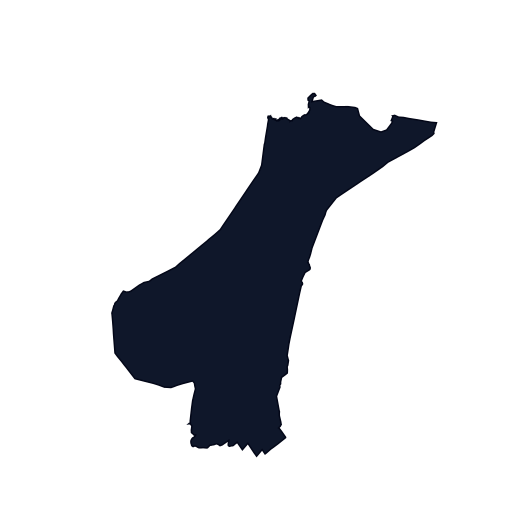 Puzes pag., Ventspils, Latvia (Equal Earth projection), rotated 296°
{"feature_id": "27541924B95248951242088", "entity_name": "Puzes pag.", "entity_type": "district", "adm_level": 2, "iso_a3": "LVA", "parent_name": "Latvia", "parent_adm1": "Ventspils", "projection": "equal_earth", "projection_center": [22.107, 57.369], "detail": "fine", "context": "isolated", "style": "filled", "palette": "ink", "viewbox_px": 512, "rotation_deg": 296, "n_neighbors": 0, "source": "geoboundaries", "source_scale": "gbopen_adm2", "svg_char_len": 5620}
<svg xmlns="http://www.w3.org/2000/svg" viewBox="0 0 512 512"><g transform="rotate(296 256 256)"><path d="M203.9,183.6L203.1,183.0L189.8,172.8L186.4,171.2L183.0,166.9L180.7,165.4L178.8,164.0L169.7,159.0L168.6,158.1L167.7,157.1L166.6,155.0L166.5,153.5L166.3,152.2L162.5,151.5L162.4,151.6L157.7,151.2L156.2,151.2L154.7,151.1L154.2,150.9L153.5,150.4L152.5,150.3L151.8,149.9L151.7,149.9L150.3,150.3L149.2,150.2L148.9,150.1L143.5,151.2L143.2,151.2L141.5,151.5L140.8,152.0L138.5,153.4L133.5,156.4L127.3,160.0L123.7,162.0L107.0,171.8L106.0,173.7L104.9,175.8L102.0,182.2L101.9,182.3L100.4,185.3L99.1,188.1L97.2,191.9L92.7,201.0L94.8,211.1L96.5,219.1L96.7,220.3L97.4,224.9L98.0,231.2L98.1,231.3L100.5,237.2L102.9,239.6L105.1,241.6L109.3,246.1L114.2,251.8L115.9,253.8L115.0,256.1L113.2,257.5L112.8,257.7L110.4,259.6L109.8,259.9L104.0,261.1L100.3,262.0L98.4,262.4L91.2,264.8L78.6,269.3L77.7,270.0L76.6,269.9L76.4,269.4L75.7,269.1L75.9,269.4L76.2,270.6L76.2,270.9L76.1,271.2L75.8,271.5L75.6,272.1L75.5,272.5L74.8,273.0L73.4,273.5L71.2,274.2L70.2,274.8L69.3,275.2L69.0,275.5L68.9,275.7L68.5,277.5L68.2,278.0L68.0,278.6L68.0,278.9L68.1,279.3L68.8,280.1L68.2,280.3L66.9,280.0L65.5,279.5L64.7,278.8L64.0,278.6L62.9,278.5L61.7,278.5L60.8,278.8L60.4,279.0L59.7,279.4L59.0,279.9L58.4,280.6L57.6,281.2L57.2,282.0L57.1,283.0L58.2,283.9L58.7,285.1L58.8,285.9L58.7,286.3L58.6,287.4L58.6,288.6L58.8,289.2L59.5,290.6L60.6,292.5L61.3,294.4L61.6,295.1L61.9,295.9L62.4,296.5L63.4,296.8L64.2,297.1L65.0,297.3L65.5,297.5L66.2,298.3L66.5,298.9L67.1,299.5L67.3,299.9L68.0,300.9L69.1,301.9L69.9,302.8L70.0,303.0L70.0,303.4L70.2,305.6L69.8,306.0L69.7,306.1L69.7,306.3L70.0,307.1L70.2,307.3L70.6,307.6L71.4,308.4L73.6,309.6L74.4,310.1L75.4,310.6L76.5,311.3L77.7,311.9L78.5,312.4L78.2,312.6L77.9,312.7L76.8,312.9L75.1,313.4L73.9,313.9L73.5,314.3L73.4,314.7L73.3,315.5L73.5,315.8L74.2,316.5L74.9,317.5L75.3,318.3L76.3,318.9L77.9,319.5L78.8,320.1L79.5,320.3L80.4,320.7L75.9,328.7L84.1,330.8L78.2,340.8L78.3,340.8L76.3,344.3L84.7,346.4L82.1,350.9L83.5,351.6L89.0,353.9L91.9,355.5L96.6,357.9L105.7,362.2L106.1,362.0L109.6,355.7L111.4,352.1L111.4,351.7L113.6,352.4L115.7,352.5L116.7,351.6L117.3,351.3L117.2,351.1L118.2,350.6L122.6,347.0L124.3,346.1L126.3,345.3L127.6,344.2L138.9,335.9L148.6,335.0L150.3,333.9L151.8,334.2L153.6,333.3L158.1,332.2L162.5,334.5L164.5,335.4L166.2,334.7L167.7,334.0L170.0,332.6L170.4,332.5L171.9,332.4L173.1,332.0L176.3,331.0L176.8,330.5L180.2,327.6L188.0,325.2L190.7,324.3L197.4,322.5L216.5,317.8L218.8,317.2L241.9,311.4L249.3,309.7L249.8,309.9L249.8,309.7L250.0,309.8L250.9,310.1L251.3,310.1L252.4,309.2L253.2,307.6L257.8,307.3L262.7,307.3L267.1,310.1L268.0,310.3L269.1,309.9L269.7,309.5L270.0,309.0L270.1,308.8L270.6,308.5L270.9,308.1L271.6,307.7L271.9,307.1L272.3,306.5L272.9,306.0L272.9,305.7L272.8,305.4L275.4,304.8L278.4,304.6L281.7,304.1L287.8,302.8L317.5,300.1L323.2,300.0L326.3,299.4L328.2,299.3L343.4,302.6L348.0,305.2L368.5,317.1L381.3,324.7L392.1,330.7L398.0,333.3L418.2,347.7L422.9,350.9L429.4,354.5L433.3,356.5L441.4,361.3L444.1,362.2L445.3,361.3L446.6,361.1L454.9,359.8L452.9,354.7L451.2,348.8L449.4,342.4L446.6,333.3L445.7,329.9L445.1,327.7L443.3,323.3L443.2,319.0L441.8,317.3L441.6,317.9L437.0,318.2L437.1,319.6L434.9,319.8L426.5,318.2L422.2,314.0L421.1,305.8L424.4,295.9L427.2,287.6L433.0,282.6L432.9,280.6L432.9,280.3L432.7,279.5L430.5,273.1L428.9,270.0L425.3,262.7L424.7,258.9L424.3,255.0L424.4,254.8L424.1,250.5L424.1,249.4L424.9,246.6L419.2,238.6L424.3,237.8L425.3,238.9L425.6,239.1L426.6,239.5L427.7,237.4L427.5,237.1L427.3,236.9L427.1,236.0L426.2,235.5L424.0,234.6L420.7,233.5L418.9,234.5L418.9,235.4L418.0,236.1L415.3,236.6L412.8,237.9L413.1,238.0L413.1,238.5L413.2,238.9L413.1,239.2L412.6,239.5L412.3,239.8L411.5,240.2L411.0,240.2L410.3,240.5L409.7,240.3L409.1,240.2L408.2,240.6L407.7,240.6L407.4,240.6L406.9,240.3L407.2,240.0L405.5,239.6L404.7,239.1L404.5,238.8L404.3,238.0L403.3,237.2L401.4,236.2L398.9,235.8L398.9,235.6L399.1,234.0L398.5,234.0L398.6,232.2L398.6,231.7L397.0,230.4L394.7,229.1L393.6,229.3L393.6,228.9L392.8,228.3L392.8,228.2L392.4,227.9L392.5,227.9L392.8,224.0L393.5,223.1L392.9,222.1L393.1,221.5L392.5,220.4L391.7,220.3L391.1,220.1L390.9,219.9L390.5,219.6L390.5,219.4L391.7,219.1L391.9,218.5L391.6,218.2L390.9,218.2L390.3,217.9L390.7,217.5L390.4,217.1L389.9,217.1L389.8,217.3L389.7,217.6L389.5,217.8L389.4,217.8L388.9,217.3L388.7,217.4L388.7,217.6L388.3,217.4L388.1,217.6L387.7,217.3L388.2,217.0L388.3,216.9L387.8,216.5L387.9,216.3L388.3,216.2L388.1,216.0L387.6,216.1L387.2,216.3L387.0,216.2L386.9,216.0L386.5,215.6L386.6,215.3L386.7,214.7L387.0,214.7L387.0,214.4L387.2,214.0L386.7,214.0L386.5,213.8L386.6,213.6L386.8,213.6L387.2,213.7L387.8,213.7L387.7,213.4L387.3,213.4L387.3,213.2L386.9,213.1L386.9,212.8L387.0,212.4L386.7,212.1L386.8,211.9L387.2,212.0L387.3,212.0L387.4,211.9L387.2,211.6L386.9,211.3L386.4,210.8L386.5,210.2L386.8,209.8L387.2,209.6L387.2,209.1L387.6,208.9L387.5,208.6L387.1,208.5L387.0,208.3L387.3,208.1L387.6,208.1L388.2,207.7L387.7,207.5L387.4,207.2L387.6,206.7L387.3,206.3L387.2,206.2L386.7,206.3L386.5,206.2L387.0,205.9L387.0,205.7L386.7,205.7L385.9,205.8L385.7,205.9L385.4,206.1L385.5,206.3L385.4,206.5L385.5,206.9L385.4,207.0L384.7,206.9L384.5,207.2L383.8,207.6L379.8,208.7L377.5,209.5L366.6,212.7L361.4,214.4L359.9,214.6L340.1,221.3L332.0,222.0L329.0,221.6L323.3,220.7L310.8,218.9L310.6,218.9L292.2,216.3L289.5,216.0L268.1,212.9L264.1,212.4L257.0,209.5L249.7,206.1L248.7,205.8L242.0,202.7L220.0,192.7L219.9,192.6L217.0,191.3L215.8,190.7L210.8,188.7L210.5,188.7L210.3,188.4L209.7,187.9L203.9,183.6Z" fill="#0f172a" stroke="#020617" stroke-width="1.5"/></g></svg>